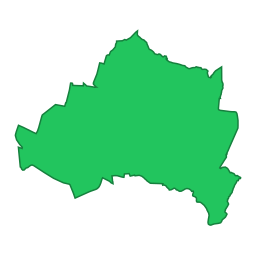 outline of Oravita, Caras-Severin, Romania
{"feature_id": "2599482B80762656087619", "entity_name": "Oravita", "entity_type": "district", "adm_level": 2, "iso_a3": "ROU", "parent_name": "Romania", "parent_adm1": "Caras-Severin", "projection": "albers", "projection_center": [21.762, 45.061], "detail": "fine", "context": "isolated", "style": "filled", "palette": "green", "viewbox_px": 256, "rotation_deg": 0, "n_neighbors": 0, "source": "geoboundaries", "source_scale": "gbopen_adm2", "svg_char_len": 5755}
<svg xmlns="http://www.w3.org/2000/svg" viewBox="0 0 256 256"><path d="M220.6,222.8L221.0,222.2L221.5,221.7L222.0,220.3L222.5,219.6L224.7,217.8L225.5,217.0L226.1,215.9L226.9,214.3L227.0,214.1L226.8,213.8L226.5,213.5L226.2,213.1L225.7,212.7L225.0,212.1L224.9,211.7L225.2,210.6L225.4,210.2L225.3,209.9L225.3,209.7L225.7,209.1L226.2,208.4L226.3,208.0L226.7,207.5L226.8,207.3L227.0,207.0L227.4,206.5L227.5,206.2L228.3,204.6L228.5,204.4L228.4,203.4L228.0,202.8L227.7,202.1L227.3,201.6L227.3,201.3L227.4,201.1L227.5,200.8L227.6,200.6L227.5,200.0L227.6,199.1L228.1,199.0L228.3,198.7L228.5,198.1L228.7,197.8L228.7,196.7L229.6,196.2L230.0,195.7L230.2,195.1L230.2,194.6L230.3,194.3L230.9,194.1L231.1,193.9L231.4,193.3L231.6,193.1L232.0,192.6L232.2,192.1L232.5,190.4L232.9,190.0L233.1,188.8L234.0,187.0L234.5,185.5L234.9,184.7L236.1,182.9L236.4,182.4L236.7,181.3L236.8,181.0L237.1,180.8L238.3,180.6L238.4,180.4L238.4,179.7L238.6,179.2L239.1,178.8L239.9,178.7L240.4,178.5L240.6,178.0L240.6,177.5L240.5,177.4L239.4,177.0L237.4,175.6L237.0,175.5L236.2,175.8L235.7,175.7L235.2,175.4L234.4,174.2L234.0,173.7L233.6,173.5L233.1,173.3L232.5,173.3L232.2,173.1L232.0,172.8L231.2,172.5L231.0,172.4L230.5,172.8L230.3,172.8L230.1,172.6L229.8,172.2L229.3,171.4L229.0,170.6L228.7,170.3L228.5,169.9L227.8,168.8L227.3,168.3L226.8,167.9L225.7,167.3L225.4,167.1L225.0,167.1L222.3,167.4L221.5,167.9L220.8,168.5L220.7,168.5L220.4,168.4L219.7,167.9L220.6,166.2L224.2,160.5L225.7,158.2L226.2,157.6L226.4,157.1L226.4,156.7L226.3,156.2L226.3,155.5L226.2,155.5L226.3,155.2L226.8,154.3L226.3,154.3L228.2,150.3L229.4,147.4L237.9,128.1L238.0,125.6L238.0,120.5L237.4,116.1L236.9,113.6L236.1,112.2L234.9,111.8L231.0,111.7L220.0,110.3L218.6,109.6L218.4,108.6L218.9,102.7L219.3,98.4L220.4,98.4L220.2,97.8L220.2,96.9L220.3,96.4L220.7,95.8L220.7,94.9L221.1,94.3L221.2,94.1L221.2,93.2L221.5,92.5L221.5,91.7L221.7,91.1L221.6,90.7L221.9,90.1L222.3,89.4L222.5,88.9L222.8,88.4L222.9,88.0L222.8,86.8L222.6,86.3L222.9,85.8L222.8,85.5L223.0,85.1L223.0,84.5L222.8,83.1L222.6,82.9L222.3,82.5L221.7,80.2L221.6,66.9L215.6,70.8L215.2,71.2L213.8,72.9L213.2,74.0L211.3,75.8L210.9,76.3L211.4,76.9L210.8,77.6L210.5,77.8L210.3,77.7L209.9,77.4L209.5,77.4L209.0,77.4L208.6,77.1L208.3,76.7L208.2,76.3L208.1,75.6L207.8,74.9L207.6,74.1L207.4,73.2L207.4,72.5L207.5,72.1L207.8,71.5L207.9,71.2L207.7,70.7L207.3,70.5L206.5,69.7L206.3,69.5L205.4,69.3L204.6,69.2L202.8,69.4L202.1,69.3L201.7,69.0L201.4,68.3L200.8,67.6L200.7,67.6L200.4,67.8L200.0,67.7L198.2,67.3L198.2,67.5L197.7,67.5L197.5,67.2L196.9,67.0L196.2,66.8L195.9,66.9L195.6,67.3L195.3,67.4L194.8,67.6L193.5,67.6L192.5,67.7L191.1,68.1L189.8,68.6L189.0,68.6L188.4,68.5L187.6,68.0L186.0,67.1L185.7,66.8L185.2,66.1L184.8,65.8L184.2,65.6L182.8,65.5L180.3,64.6L179.0,64.2L176.7,63.6L172.7,62.9L171.9,62.6L170.9,62.2L169.4,61.9L168.4,61.2L167.5,60.5L167.1,60.2L167.1,59.8L166.9,59.5L167.1,59.1L167.3,58.9L167.2,58.7L166.4,59.4L166.1,58.9L166.3,58.3L166.4,58.1L166.5,57.6L166.4,57.3L166.5,57.1L166.4,57.0L166.1,56.2L165.7,56.3L165.5,56.2L165.2,56.0L164.5,55.9L164.1,56.2L164.0,56.5L163.8,56.7L163.0,56.9L162.3,56.4L161.2,55.4L160.7,54.7L160.4,54.4L159.9,54.4L159.0,53.9L158.8,54.1L158.7,54.2L158.4,54.4L157.5,54.6L157.0,54.5L155.2,54.0L154.8,53.8L154.6,53.6L154.3,53.2L154.1,52.9L153.6,52.1L151.9,50.6L151.0,50.0L149.6,49.4L149.2,49.1L148.8,48.4L148.7,48.1L147.7,45.5L147.0,44.0L146.8,43.1L146.7,42.7L146.4,42.3L145.3,41.4L144.2,40.2L143.8,40.0L143.1,39.7L142.4,39.5L142.0,39.4L141.7,39.0L140.7,38.3L140.4,37.9L139.6,37.1L138.9,36.7L138.4,36.1L137.9,35.8L137.6,35.3L137.4,34.8L137.3,33.7L137.5,30.9L135.8,32.2L130.5,37.7L126.2,40.1L124.8,39.5L122.3,40.8L119.9,40.9L116.6,41.1L116.6,41.8L116.5,42.6L116.4,43.0L115.7,44.1L115.3,46.9L114.0,48.5L112.6,50.1L111.1,51.1L110.5,51.7L109.2,55.0L108.2,54.9L107.3,55.1L106.4,55.8L104.0,64.0L101.7,63.2L99.7,62.9L98.0,69.9L96.9,74.1L94.1,81.0L93.3,83.2L93.7,83.7L93.5,84.3L95.8,86.8L96.3,87.1L94.6,87.3L92.9,86.9L86.7,86.0L85.6,84.9L83.5,83.1L83.3,85.8L76.8,85.6L72.7,85.4L72.7,84.3L72.4,83.3L71.8,83.1L70.6,83.1L69.4,90.2L66.2,102.7L65.7,102.8L64.7,106.3L55.5,104.6L42.3,115.0L41.8,116.3L38.7,127.7L37.5,131.1L36.1,133.6L33.4,132.4L23.3,127.4L18.5,125.3L16.3,131.7L15.5,134.6L15.4,135.6L16.6,139.8L19.7,144.4L22.3,147.3L22.1,148.5L18.4,147.2L20.3,167.0L21.0,167.4L21.6,169.0L22.7,170.1L24.1,170.0L24.7,169.5L25.3,168.7L26.3,167.9L27.7,167.6L29.7,166.0L30.2,165.7L31.1,165.2L32.1,165.0L33.7,165.6L44.7,172.8L53.6,178.3L63.4,182.8L69.3,184.2L70.0,184.8L73.2,192.7L75.1,198.1L88.9,191.9L90.9,191.1L96.0,189.3L97.4,188.5L98.8,187.1L99.8,185.4L100.8,183.0L102.0,179.0L102.6,177.8L109.6,181.3L111.1,182.8L113.0,183.7L112.8,181.7L112.5,181.2L112.4,179.6L112.0,175.9L114.8,175.6L117.3,175.7L121.4,176.9L123.4,177.3L123.9,177.3L124.4,174.0L129.1,173.6L130.2,176.1L134.6,175.1L135.0,175.8L139.2,175.3L141.8,176.2L144.1,178.0L145.0,179.0L146.5,180.2L146.9,180.8L147.2,181.0L150.3,183.2L151.6,183.3L161.1,183.6L162.8,183.7L162.5,184.5L162.7,185.2L163.3,185.0L164.1,185.1L164.9,185.3L165.6,185.7L166.1,186.0L166.8,187.1L169.0,189.2L169.3,190.0L171.3,189.7L173.6,188.5L174.1,188.2L175.0,188.4L175.9,189.2L176.4,189.9L177.3,189.9L178.9,191.0L179.8,191.3L181.4,191.1L183.3,190.1L185.1,189.0L186.9,188.5L189.0,188.9L190.6,189.9L191.1,190.5L191.7,191.4L192.3,191.3L193.0,191.0L193.3,191.4L193.4,191.7L193.4,192.4L193.4,192.7L193.1,193.3L192.8,194.2L192.7,195.1L192.7,195.5L193.0,196.0L195.5,197.0L196.4,198.1L196.5,199.4L196.4,200.9L196.8,201.9L197.6,202.1L198.7,202.1L200.2,202.2L201.4,202.9L204.3,205.4L206.6,208.7L207.1,210.2L208.6,213.0L209.1,215.3L208.7,217.7L208.4,219.2L208.0,222.2L208.3,224.0L208.9,224.5L209.7,224.9L210.1,225.1L211.3,225.0L212.7,224.4L214.4,223.9L218.2,223.4L220.6,222.8Z" fill="#22c55e" stroke="#15803d" stroke-width="1.5"/></svg>